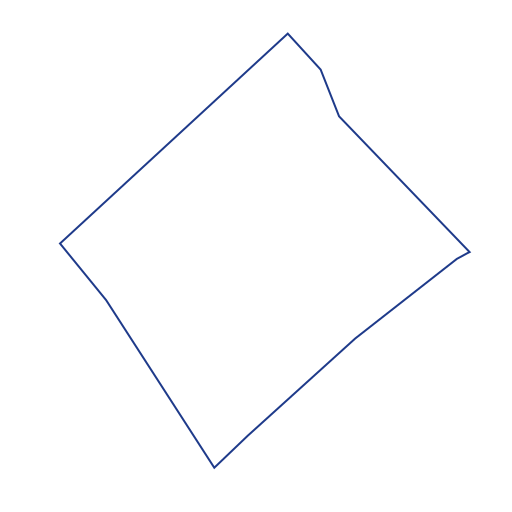 41, Ad Dawhah, Qatar, rotated 137°
{"feature_id": "91078587B71009022079997", "entity_name": "41", "entity_type": "district", "adm_level": 2, "iso_a3": "QAT", "parent_name": "Qatar", "parent_adm1": "Ad Dawhah", "projection": "equal_earth", "projection_center": [51.529, 25.26], "detail": "fine", "context": "isolated", "style": "outline", "palette": "blue", "viewbox_px": 512, "rotation_deg": 137, "n_neighbors": 0, "source": "geoboundaries", "source_scale": "gbopen_adm2", "svg_char_len": 341}
<svg xmlns="http://www.w3.org/2000/svg" viewBox="0 0 512 512"><g transform="rotate(137 256 256)"><path d="M390.8,398.8L390.8,398.2L390.9,397.6L395.7,325.9L430.9,129.6L384.7,130.2L239.6,128.0L111.0,116.9L99.4,113.9L99.1,113.8L97.1,113.2L100.0,301.5L81.6,348.2L81.1,397.0L390.8,398.8Z" fill="none" stroke="#1e3a8a" stroke-width="2"/></g></svg>